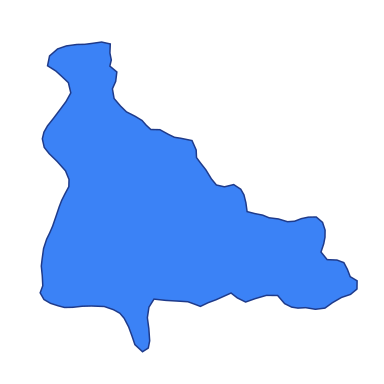 outline of Ipaba, Minas Gerais, Brazil, rotated 356°
{"feature_id": "56859067B37276633330355", "entity_name": "Ipaba", "entity_type": "district", "adm_level": 2, "iso_a3": "BRA", "parent_name": "Brazil", "parent_adm1": "Minas Gerais", "projection": "mercator", "projection_center": [-42.368, -19.398], "detail": "fine", "context": "isolated", "style": "filled", "palette": "blue", "viewbox_px": 384, "rotation_deg": 356, "n_neighbors": 0, "source": "geoboundaries", "source_scale": "gbopen_adm2", "svg_char_len": 1713}
<svg xmlns="http://www.w3.org/2000/svg" viewBox="0 0 384 384"><g transform="rotate(356 192 192)"><path d="M56.7,56.0L64.6,61.8L69.5,66.9L76.3,74.3L78.0,84.7L72.7,92.9L65.6,101.2L59.0,108.8L52.5,115.9L48.5,121.9L46.4,128.5L47.7,137.2L52.2,143.8L59.7,152.2L67.3,162.1L70.2,170.9L69.5,178.1L65.2,184.9L61.4,191.3L58.5,197.5L54.8,206.4L50.6,216.3L47.3,222.7L43.7,228.9L40.0,238.0L37.9,248.0L36.5,255.4L36.8,265.0L36.6,275.1L33.5,282.0L36.8,288.9L43.1,293.2L50.6,296.2L56.8,298.3L65.0,298.7L74.6,298.3L83.8,298.7L96.5,300.1L105.4,303.9L111.6,307.9L115.5,313.2L119.4,322.2L122.1,331.5L124.4,340.3L131.5,347.9L137.5,344.6L139.4,337.5L139.4,325.3L138.7,314.3L141.0,303.9L146.6,296.2L158.3,298.3L170.7,299.9L180.3,301.2L186.8,304.1L192.4,306.7L200.5,303.5L208.4,301.2L215.5,298.6L223.9,295.5L229.8,300.8L237.8,305.5L247.5,302.8L259.0,300.3L270.2,301.2L276.6,309.8L283.4,313.8L289.6,315.2L297.3,315.3L306.9,317.6L316.5,317.1L324.4,312.2L333.8,307.6L343.0,305.2L349.8,300.3L350.5,292.1L343.9,287.5L341.6,280.0L338.6,273.1L331.9,270.0L322.1,268.9L316.5,260.9L319.8,252.8L321.5,246.4L322.1,239.3L320.1,231.4L314.2,225.6L306.3,225.2L299.2,226.2L292.3,228.3L285.2,228.3L276.3,224.9L267.1,223.1L260.9,220.0L253.1,217.9L245.6,215.4L245.0,206.5L243.6,198.4L240.8,192.6L234.1,187.5L224.7,189.1L216.8,186.7L212.2,180.2L207.4,170.9L202.4,163.5L198.9,158.0L199.1,150.4L195.6,140.7L184.5,137.6L178.3,136.2L172.7,133.0L164.3,127.6L155.3,126.8L150.9,122.1L147.2,117.2L140.7,112.6L132.2,107.5L126.6,101.2L120.8,93.3L119.8,83.5L123.6,76.3L125.4,67.0L118.8,60.7L120.7,54.7L119.8,47.6L120.8,38.6L112.3,36.1L102.5,36.8L95.3,37.2L87.5,36.8L76.9,37.5L67.9,39.9L59.4,46.3L56.7,56.0Z" fill="#3b82f6" stroke="#1e3a8a" stroke-width="1.5"/></g></svg>